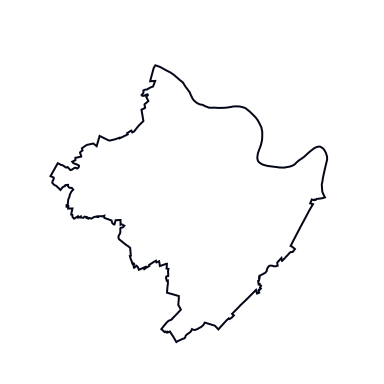 the district of Thuan Thanh, Bắc Ninh, Vietnam, rotated 43°
{"feature_id": "81297802B75512670100174", "entity_name": "Thuan Thanh", "entity_type": "district", "adm_level": 2, "iso_a3": "VNM", "parent_name": "Vietnam", "parent_adm1": "Bắc Ninh", "projection": "equal_earth", "projection_center": [106.073, 21.039], "detail": "fine", "context": "isolated", "style": "outline", "palette": "ink", "viewbox_px": 384, "rotation_deg": 43, "n_neighbors": 0, "source": "geoboundaries", "source_scale": "gbopen_adm2", "svg_char_len": 5966}
<svg xmlns="http://www.w3.org/2000/svg" viewBox="0 0 384 384"><g transform="rotate(43 192 192)"><path d="M299.9,274.2L305.0,274.5L304.9,271.7L304.8,262.2L304.9,260.9L305.1,259.4L305.9,259.5L306.4,258.3L306.7,257.1L306.8,253.7L304.4,253.8L304.7,243.6L304.6,242.5L304.9,238.1L305.2,232.5L305.6,220.0L308.8,221.9L309.8,219.8L308.7,219.2L307.9,218.7L307.5,217.9L307.6,217.5L308.2,217.3L308.2,215.6L306.8,215.4L306.5,213.6L306.4,213.4L306.1,213.5L305.7,213.7L305.1,213.7L304.3,213.1L303.7,214.1L301.1,212.0L301.4,211.3L300.2,209.1L299.6,209.2L299.0,208.3L299.3,207.8L298.5,207.2L299.3,205.2L300.1,202.8L300.5,201.8L300.7,200.5L300.5,198.9L300.3,198.4L299.9,198.0L299.4,197.1L299.2,196.3L298.8,194.4L298.9,193.4L299.2,192.8L300.1,191.9L300.8,191.3L302.6,190.5L304.2,188.8L304.6,188.0L304.9,187.5L304.7,187.3L302.6,185.7L302.5,185.4L302.4,184.1L302.5,183.5L302.4,179.3L304.8,181.0L304.9,180.9L305.0,172.6L304.9,169.5L305.1,168.9L305.2,168.6L306.2,167.6L306.5,167.2L306.5,166.7L306.2,163.5L305.3,163.5L302.1,163.8L300.9,164.2L295.5,144.8L291.1,128.2L290.7,126.9L289.5,121.8L288.8,118.4L286.2,119.7L285.3,117.2L284.7,115.8L286.9,114.7L286.9,113.9L287.5,113.7L287.8,113.6L287.9,113.4L287.8,112.3L288.3,111.6L289.5,110.2L291.4,107.9L292.9,105.3L288.5,103.6L287.5,103.1L286.5,102.4L281.8,98.0L280.3,95.6L279.8,94.7L278.2,92.5L276.5,89.7L273.5,84.6L269.2,77.0L268.5,75.9L266.7,74.1L265.4,73.3L263.1,72.0L260.6,71.2L259.5,70.9L258.3,70.8L256.6,71.0L255.2,71.3L254.6,71.6L253.9,72.2L253.3,72.9L252.3,74.6L251.6,76.3L251.2,78.3L250.5,83.3L250.0,89.8L249.2,93.7L248.7,95.7L248.3,99.0L248.3,101.5L247.9,102.9L247.5,104.2L246.2,106.7L242.7,111.4L238.7,114.9L238.2,115.1L229.8,121.2L226.9,122.8L224.8,123.8L222.1,124.4L220.2,124.5L219.4,124.3L218.8,124.1L217.8,123.5L217.1,123.0L216.6,122.6L216.0,121.9L213.9,118.9L213.2,117.4L210.5,111.0L209.1,108.4L208.0,106.6L206.4,104.5L203.3,101.1L202.0,99.8L198.6,97.4L193.9,95.6L192.1,95.0L190.3,94.5L187.6,94.1L184.4,93.9L179.4,93.8L174.1,94.2L171.8,95.1L168.6,96.9L165.4,99.7L163.7,101.5L162.4,103.4L159.4,107.1L158.1,108.5L154.0,112.5L150.9,115.0L148.7,117.2L146.8,118.8L146.4,119.0L144.9,119.5L142.6,120.5L141.6,120.7L140.8,120.8L137.9,122.6L136.2,123.2L134.2,123.6L131.4,123.7L129.8,123.6L128.5,123.2L124.0,121.5L122.8,120.8L121.6,120.5L117.2,119.7L114.9,119.3L110.7,118.1L107.1,118.4L98.7,118.7L94.8,119.3L89.1,120.9L83.4,122.3L78.8,124.3L79.4,127.4L82.1,132.5L85.1,138.2L85.9,139.5L89.3,135.9L91.2,140.4L91.5,141.7L90.6,143.2L89.6,146.0L89.3,147.3L89.1,147.7L87.8,149.4L87.5,150.0L87.2,151.0L88.4,152.0L88.8,152.6L89.0,153.5L89.0,155.5L89.3,155.6L89.8,155.6L90.7,155.0L91.1,154.6L91.5,153.9L91.8,152.8L92.3,151.8L92.7,151.2L92.9,150.9L93.4,151.0L93.7,151.3L93.6,153.1L93.7,153.6L98.1,155.3L97.5,159.9L97.5,160.2L97.7,160.5L100.3,162.4L100.3,162.7L98.9,166.2L108.1,173.3L107.8,178.6L107.8,180.5L108.2,185.5L108.4,187.0L107.7,189.1L105.7,188.5L104.4,193.2L105.7,193.7L102.5,202.0L102.0,201.7L99.8,205.9L96.9,210.3L96.1,210.9L95.2,211.3L86.2,214.0L91.0,223.5L86.8,223.8L83.1,229.1L82.8,229.9L81.7,234.8L81.7,235.1L81.8,235.3L83.6,236.3L83.1,238.8L83.1,239.2L83.2,239.5L86.6,241.4L86.8,241.6L86.8,241.8L83.4,246.5L85.0,248.3L83.7,251.5L85.4,251.8L86.1,251.6L87.4,251.1L87.8,250.8L90.6,249.9L91.3,249.8L91.7,250.1L92.0,250.6L92.2,251.1L92.3,252.4L92.1,253.0L91.8,253.3L90.9,253.4L90.0,253.9L89.6,254.7L89.4,255.4L89.0,257.4L88.5,258.3L88.4,258.7L87.9,258.9L84.1,258.6L83.9,258.7L83.7,259.4L83.1,260.1L81.3,260.3L78.7,260.8L77.6,261.6L75.4,262.1L74.2,262.5L77.7,276.9L81.0,275.8L81.9,276.6L82.1,277.5L82.5,278.2L82.6,279.2L83.6,280.6L86.0,280.8L87.1,280.6L88.4,280.1L94.4,280.2L94.1,276.7L94.6,275.4L95.1,273.9L94.7,273.5L94.7,273.3L96.5,271.3L97.4,272.3L98.3,272.5L99.2,272.5L100.1,272.1L100.8,271.3L101.3,271.0L102.1,271.0L102.9,271.2L103.5,271.3L103.5,273.6L103.6,274.3L104.5,277.4L105.7,279.1L105.9,279.9L106.1,280.7L106.5,281.6L107.2,282.7L109.8,286.0L109.2,287.0L110.0,288.1L110.3,288.3L111.3,286.8L112.7,288.6L115.8,285.6L119.0,290.9L120.1,290.3L121.6,291.7L121.9,291.8L124.0,291.9L125.1,287.7L126.1,288.5L126.5,288.1L127.3,285.8L128.0,286.5L130.2,284.9L130.2,283.3L130.6,283.1L132.2,282.1L132.6,282.9L134.4,282.1L134.3,281.2L136.5,280.1L137.4,277.2L139.2,274.6L139.8,274.9L140.5,274.2L140.2,273.5L142.6,271.1L143.0,271.1L144.0,269.2L144.4,269.9L145.6,270.7L152.6,267.7L153.6,268.4L154.6,269.0L155.4,269.1L156.4,269.1L157.1,269.0L157.4,268.6L157.3,268.4L155.4,264.7L158.8,261.2L162.0,264.6L162.3,263.8L162.5,263.6L163.0,263.5L165.5,262.8L165.6,264.4L165.5,265.0L165.1,265.8L164.4,266.5L164.3,267.2L164.5,267.6L164.8,268.0L166.5,269.7L167.4,271.0L167.8,272.0L168.3,274.2L168.6,274.7L170.0,276.0L171.0,276.3L176.0,275.9L179.0,275.7L182.5,275.2L184.8,275.0L190.7,280.3L190.2,281.2L192.9,282.8L195.5,284.0L197.3,285.1L197.7,285.2L198.0,284.0L199.1,284.2L199.2,285.4L200.9,286.8L201.1,286.2L201.5,286.3L201.7,283.8L203.1,283.8L204.3,284.1L206.2,285.1L208.2,280.5L209.7,281.0L209.9,279.8L208.9,278.7L209.3,278.0L210.3,278.3L211.3,275.2L210.4,274.5L211.8,269.0L212.4,267.4L212.5,266.9L214.0,267.7L215.2,265.1L219.0,268.0L220.5,265.3L222.1,262.1L222.6,261.6L225.6,265.3L227.2,264.3L228.4,266.2L230.5,268.2L231.9,269.7L230.9,271.1L231.0,271.7L231.6,272.6L234.1,274.1L234.7,273.2L237.1,275.7L237.9,277.0L240.7,280.6L242.4,282.7L246.4,280.6L253.3,277.1L255.2,279.1L258.6,283.5L259.1,284.0L259.9,284.2L264.1,285.6L264.1,290.8L264.0,295.9L263.9,299.0L264.0,299.0L263.8,300.0L262.8,301.9L262.6,302.9L262.5,304.3L262.6,306.3L262.8,309.9L263.1,313.2L264.5,313.2L267.5,313.1L267.7,312.2L269.0,312.2L269.2,311.1L270.1,311.3L270.5,310.3L270.9,309.1L276.7,310.5L282.9,312.4L283.2,311.1L284.3,308.3L285.3,305.8L286.2,304.3L286.3,303.9L286.2,303.2L285.5,301.7L285.4,300.6L285.4,299.6L285.8,298.1L286.3,295.3L286.2,294.4L285.5,292.3L286.7,292.0L287.3,291.6L288.0,291.1L288.5,290.4L288.9,289.6L289.3,288.9L289.7,287.6L290.0,286.5L290.5,285.2L290.8,284.0L290.9,283.1L291.0,281.4L290.4,278.8L299.9,274.2Z" fill="none" stroke="#020617" stroke-width="2"/></g></svg>